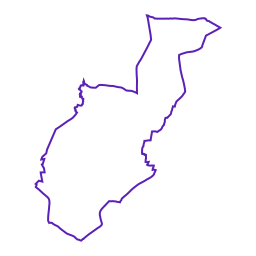 outline of Huai Rat, Buri Ram, Thailand
{"feature_id": "78962969B72247490671236", "entity_name": "Huai Rat", "entity_type": "district", "adm_level": 2, "iso_a3": "THA", "parent_name": "Thailand", "parent_adm1": "Buri Ram", "projection": "orthographic", "projection_center": [103.226, 15.006], "detail": "fine", "context": "isolated", "style": "outline", "palette": "violet", "viewbox_px": 256, "rotation_deg": 0, "n_neighbors": 0, "source": "geoboundaries", "source_scale": "gbopen_adm2", "svg_char_len": 5393}
<svg xmlns="http://www.w3.org/2000/svg" viewBox="0 0 256 256"><path d="M83.8,80.8L83.7,81.4L83.6,81.5L83.3,81.7L83.2,82.2L83.3,82.6L83.4,83.2L83.3,83.7L83.2,84.9L83.3,85.0L83.6,85.2L83.6,85.3L83.6,85.5L83.3,85.6L82.5,85.4L82.2,85.3L81.2,85.3L80.9,85.4L80.7,85.9L80.6,86.0L80.7,86.4L80.6,86.6L80.1,87.1L80.0,87.6L80.0,88.0L79.7,88.5L79.0,88.5L78.9,88.7L78.9,89.0L79.2,89.4L79.5,89.6L80.1,89.9L80.6,90.5L81.0,90.9L81.4,91.2L81.6,91.5L81.4,92.3L81.1,92.5L80.9,92.8L80.4,93.0L80.0,93.6L79.9,93.9L79.8,94.6L80.0,94.7L80.6,94.3L80.8,94.3L80.8,94.6L80.5,95.0L80.4,95.7L80.1,95.9L80.1,96.0L80.0,96.7L80.0,96.8L80.4,96.9L80.6,96.8L81.0,96.3L81.7,96.4L81.8,96.6L81.7,96.7L81.6,96.8L81.3,96.9L81.2,97.1L81.3,97.2L81.6,97.2L81.8,97.8L82.3,98.4L82.5,98.5L83.2,98.7L83.4,98.9L83.4,99.1L82.9,99.6L82.8,99.9L83.0,100.5L83.2,101.0L83.2,101.4L83.2,101.5L82.9,101.8L82.8,102.7L82.9,103.2L82.8,104.0L82.7,104.1L82.3,104.2L82.2,104.2L82.1,104.3L81.8,105.4L81.3,105.6L80.5,105.6L79.6,105.4L79.2,105.4L78.0,105.0L77.7,104.9L77.1,106.8L76.9,107.0L76.4,107.1L74.8,107.4L74.7,107.5L74.7,107.9L74.9,108.9L75.0,109.0L75.3,109.2L75.3,109.9L75.6,109.9L75.8,110.2L75.6,111.2L75.6,111.4L75.6,111.5L75.9,111.8L76.0,111.9L76.4,112.0L76.5,112.2L77.0,112.5L76.3,113.7L74.5,115.9L72.7,117.8L70.5,119.4L68.1,120.8L59.9,126.6L55.8,129.3L47.0,149.7L46.4,152.7L46.1,153.5L45.6,153.9L42.5,156.7L42.0,157.4L41.3,159.5L44.3,159.0L42.6,164.4L41.9,164.4L41.8,164.5L44.0,168.3L44.6,172.4L40.7,172.4L40.8,173.5L42.3,181.6L38.9,180.7L35.7,183.9L36.6,184.4L36.6,184.5L36.6,184.8L36.4,185.6L36.2,186.0L35.8,186.7L35.7,186.9L35.8,187.1L37.6,188.5L39.0,189.6L42.6,193.0L47.3,197.0L47.9,197.6L48.6,198.5L49.0,199.4L49.3,200.3L49.5,203.0L48.9,209.6L48.2,216.2L48.1,220.0L48.2,220.9L48.5,221.7L48.8,222.0L49.0,222.2L49.1,222.3L49.2,222.8L49.6,222.6L49.8,222.7L49.8,222.8L51.5,222.8L52.0,222.9L52.2,223.0L52.8,223.7L54.6,224.8L55.8,225.4L57.6,226.2L59.0,227.4L59.9,228.3L65.8,232.8L67.3,233.8L71.4,235.3L72.6,235.8L73.8,236.4L74.2,236.6L75.0,237.3L75.4,237.8L76.8,239.0L77.5,239.5L79.1,239.8L79.4,239.9L80.3,240.4L80.6,240.5L81.3,240.6L82.8,239.0L83.0,238.9L83.2,239.0L83.4,239.0L84.5,237.8L88.9,234.3L95.5,229.6L97.7,228.0L99.1,227.2L100.8,225.9L101.4,225.2L101.8,224.5L101.9,223.8L101.7,222.7L100.7,219.4L99.8,214.8L99.8,212.9L100.2,211.5L101.0,210.0L101.6,209.2L102.8,207.8L108.7,201.6L109.1,201.2L109.3,201.3L110.1,201.2L111.5,201.3L112.1,201.2L112.3,201.1L112.5,201.1L113.8,201.3L115.0,201.3L117.5,201.9L120.0,202.3L120.4,201.3L120.5,201.0L121.2,200.3L121.8,198.7L122.1,198.4L124.2,196.5L127.2,194.0L132.2,189.1L135.7,186.3L136.6,185.6L137.7,184.8L139.0,183.9L142.2,182.2L144.8,180.8L146.8,179.5L150.3,177.6L151.5,176.8L152.7,175.8L153.8,174.6L154.0,174.2L154.5,172.7L154.9,172.0L155.7,170.1L155.4,170.0L154.8,169.8L154.1,169.7L153.0,169.8L152.6,169.9L152.7,168.8L153.6,166.6L153.8,165.6L151.8,165.5L150.4,165.6L149.8,165.6L148.5,165.4L147.9,165.3L147.2,165.0L147.1,164.9L147.8,163.9L148.6,161.9L147.2,162.1L146.9,162.2L146.6,162.1L145.5,161.9L145.7,160.5L145.7,159.2L146.0,158.7L146.0,157.4L145.9,154.9L144.6,154.9L144.5,154.1L143.3,154.0L143.2,154.0L143.2,153.8L142.2,153.9L142.0,152.7L142.2,148.7L142.6,147.3L142.9,146.8L143.2,146.2L143.4,146.2L143.7,144.1L143.9,143.3L144.2,142.4L144.4,140.9L145.3,140.9L146.1,140.7L148.3,140.4L149.7,140.3L150.6,140.3L150.7,140.0L150.9,138.0L151.1,137.2L151.4,135.4L151.7,133.9L151.9,132.1L152.1,131.4L154.3,131.4L155.1,131.4L156.7,131.7L157.2,132.0L159.0,130.7L160.4,129.9L161.2,129.1L161.9,128.0L162.5,126.5L162.9,126.0L163.3,125.7L163.5,125.5L163.7,125.0L163.9,125.0L164.2,124.0L164.1,123.6L164.2,123.3L164.5,122.9L164.8,121.6L164.9,121.1L164.8,120.2L165.3,118.4L165.5,117.9L166.6,117.9L167.2,117.8L167.3,117.4L167.6,117.2L167.9,117.2L169.1,115.9L170.8,114.1L171.1,113.1L171.3,111.7L172.0,110.1L172.4,108.3L173.0,106.3L174.8,106.6L175.2,104.7L176.5,101.4L179.0,99.2L181.4,96.9L182.0,96.3L184.4,92.9L185.1,91.8L185.2,91.6L185.0,89.8L184.8,88.3L183.9,83.8L183.1,80.2L182.4,78.1L180.6,70.3L179.3,60.7L179.0,58.1L179.1,55.0L181.3,54.0L185.1,52.8L186.9,52.3L189.0,52.0L191.9,51.7L194.3,51.2L198.3,49.6L200.4,48.4L201.9,47.1L202.6,44.7L206.0,35.6L216.5,30.0L219.3,28.4L220.3,27.7L209.6,21.6L209.0,21.1L208.5,21.0L207.0,20.7L206.8,20.6L206.6,20.1L206.3,19.7L206.1,19.2L205.4,18.9L205.1,18.5L204.9,18.5L204.8,18.3L204.4,18.2L204.1,18.2L203.6,18.3L202.8,18.2L198.0,18.9L195.7,19.9L193.9,20.1L193.5,20.2L191.8,20.0L190.9,20.0L189.6,19.7L187.4,19.4L186.0,19.3L182.3,19.1L175.5,18.4L174.0,18.4L172.5,18.6L172.0,18.7L170.8,18.4L170.6,18.4L169.8,18.6L168.5,18.7L167.5,18.6L165.0,18.7L160.7,18.7L157.9,18.7L154.7,18.5L153.6,17.7L153.2,17.4L149.8,16.6L149.4,16.5L148.8,16.0L148.2,15.6L147.7,15.5L146.9,15.4L147.6,17.4L148.3,21.2L148.8,24.4L150.6,34.9L151.1,39.8L147.1,47.7L141.0,59.2L139.3,61.7L137.8,64.4L136.8,66.1L136.5,68.9L136.7,75.7L137.0,79.5L137.0,82.4L136.9,86.7L137.0,93.2L135.0,92.1L132.5,91.2L131.0,90.8L128.3,90.7L127.9,90.7L127.2,90.5L126.5,90.5L126.2,90.4L125.6,90.0L123.2,88.4L121.6,87.6L120.5,87.4L118.2,87.1L116.2,86.7L113.6,86.1L112.9,86.0L111.7,85.9L111.1,86.0L105.6,85.3L104.9,85.2L104.2,85.1L100.3,84.9L99.2,85.1L98.7,85.3L96.0,87.6L95.4,87.7L94.8,87.8L94.2,87.7L91.2,87.5L90.4,87.4L88.6,86.3L87.5,85.9L87.3,85.7L87.1,85.6L87.0,85.0L86.3,84.7L86.1,84.5L85.8,84.4L85.4,84.1L85.1,84.0L84.4,83.0L84.1,82.8L83.9,82.6L83.9,82.3L84.0,81.3L83.8,80.8Z" fill="none" stroke="#5b21b6" stroke-width="2"/></svg>